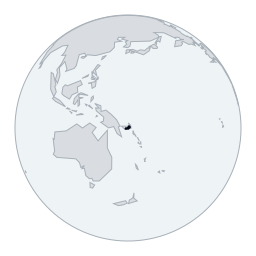 East New Britain highlighted on a globe, orthographic projection, rotated 26°
{"feature_id": "PNG-1250", "entity_name": "East New Britain", "entity_type": "Province", "adm_level": 1, "iso_a3": "PNG", "parent_name": "Papua New Guinea", "parent_adm1": "", "projection": "orthographic", "projection_center": [151.672, -5.126], "detail": "fine", "context": "on_globe", "style": "filled", "palette": "ink", "viewbox_px": 256, "rotation_deg": 26, "n_neighbors": 0, "source": "natural_earth", "source_scale": "10m", "svg_char_len": 6722}
<svg xmlns="http://www.w3.org/2000/svg" viewBox="0 0 256 256"><g transform="rotate(26 128 128)"><circle cx="128" cy="128" r="113" fill="#eef3f6" stroke="#a8b0b8"/><path d="M179.4,150.5L179.4,151.4L179.2,151.5L179.4,150.5ZM217.6,59.7L213.4,54.6L202.6,43.6L203.2,44.2L210.8,51.6L217.6,59.7ZM200.3,41.6L199.2,40.7L198.2,40.0L185.3,31.3L176.0,27.6L176.2,28.8L173.7,27.0L176.2,31.4L173.2,32.5L174.7,29.9L173.4,28.7L170.4,28.6L168.4,27.3L165.8,26.7L163.7,25.4L164.7,24.4L163.4,23.6L161.4,23.6L158.0,22.6L161.2,22.6L155.6,20.9L156.3,19.7L166.5,22.2L165.8,21.9L173.2,24.8L180.4,28.3L187.3,32.3L194.0,36.7L200.3,41.6ZM212.7,85.9L211.8,83.4L213.4,84.9L212.7,85.9ZM210.5,82.0L211.0,82.8L210.5,82.1L210.5,82.0ZM209.7,81.5L210.3,81.8L209.7,81.7L209.7,81.5ZM208.6,81.2L209.2,81.3L208.6,81.2ZM206.7,80.0L206.2,79.7L206.7,79.5L206.7,80.0ZM202.1,43.2L201.6,42.7L198.1,40.0L199.4,40.9L201.3,42.5L202.1,43.2ZM192.2,35.9L192.2,35.7L195.3,38.0L194.4,37.4L192.2,35.9ZM176.8,30.2L178.2,30.3L177.5,30.7L176.8,30.2ZM165.8,26.9L166.1,27.3L164.6,26.9L165.8,26.9ZM160.1,24.5L157.7,23.8L160.3,24.3L160.1,24.5ZM156.4,23.3L150.6,21.9L150.6,22.6L147.2,20.1L153.3,21.9L156.5,22.3L155.4,22.6L156.4,23.3ZM146.2,19.1L145.0,18.8L146.5,19.0L146.2,19.1ZM85.2,23.8L86.5,23.3L87.6,22.9L95.0,20.3L94.8,20.4L98.0,19.4L110.4,16.9L111.2,17.3L107.3,18.0L114.7,17.8L115.1,19.0L116.3,18.4L120.7,18.5L120.6,18.1L121.5,17.9L132.7,18.7L134.4,19.5L140.6,20.0L141.2,19.8L140.3,19.3L147.2,20.1L150.6,22.6L149.0,22.8L152.2,24.5L148.0,24.8L146.1,26.2L139.6,26.0L138.6,27.4L140.0,28.0L139.8,30.6L134.3,34.5L132.6,28.7L139.5,23.9L136.1,25.4L135.1,24.4L132.7,24.7L130.5,26.0L131.4,26.5L118.5,26.7L109.5,30.8L114.6,31.3L115.7,33.2L109.9,40.1L92.6,49.2L93.9,53.4L92.6,55.9L88.4,57.1L90.2,53.3L87.8,51.7L89.4,49.6L83.4,50.8L85.4,47.9L79.7,50.6L79.6,53.1L84.2,52.8L78.3,56.8L80.4,61.6L78.4,67.3L67.3,77.0L59.4,80.0L58.4,81.9L56.4,79.7L52.0,83.5L54.2,94.7L53.5,98.0L47.2,104.4L47.4,101.9L42.2,95.9L39.9,103.9L43.8,110.6L45.0,118.7L41.5,116.2L40.3,109.2L38.5,106.8L39.9,99.8L40.3,89.7L36.7,91.8L37.9,87.8L37.8,80.0L33.2,82.9L25.4,94.2L22.7,104.7L20.7,109.7L22.0,95.1L25.0,85.4L24.0,86.6L26.6,79.1L30.3,71.9L34.7,64.9L39.6,58.2L44.9,51.9L50.7,46.1L56.9,40.6L63.5,35.6L70.4,31.2L77.7,27.2L85.2,23.8ZM54.1,211.3L56.0,212.6L55.8,212.9L54.1,211.3ZM68.0,138.3L71.0,138.9L71.0,139.5L68.0,138.3ZM64.8,136.3L68.1,136.6L64.3,137.5L64.8,136.3ZM69.4,136.7L72.9,135.9L74.3,135.1L74.2,136.2L69.4,136.7ZM62.5,136.3L51.3,135.9L47.1,134.5L47.9,132.5L54.7,133.1L62.5,136.3ZM47.6,132.5L41.5,127.1L34.6,111.7L37.0,111.9L44.5,121.0L44.0,122.7L47.7,127.0L47.6,132.5ZM63.2,122.7L62.7,127.7L56.3,127.1L53.5,126.2L51.6,119.8L52.7,116.6L54.9,116.7L64.6,106.2L67.8,109.0L64.5,113.4L67.2,117.8L63.2,122.7ZM22.7,105.7L22.8,111.9L21.9,113.1L22.7,105.7ZM69.3,99.1L64.9,103.5L69.2,97.5L69.3,99.1ZM72.4,93.5L72.3,95.8L71.0,93.5L72.4,93.5ZM57.5,84.9L55.1,85.4L55.5,83.9L58.8,82.3L57.5,84.9ZM76.8,72.2L75.3,76.5L74.3,78.0L73.9,75.3L76.8,72.2ZM109.4,17.0L112.1,16.5L111.4,16.7L109.4,17.0ZM113.7,16.3L112.4,16.5L110.3,16.8L111.3,16.6L113.7,16.3ZM157.7,194.4L160.3,195.8L157.6,199.0L153.4,202.0L148.2,202.3L157.7,194.4ZM120.0,198.0L117.7,193.6L123.0,193.8L122.6,197.5L120.0,198.0ZM160.8,192.2L163.0,188.8L161.8,183.7L164.0,188.5L168.2,189.5L161.6,195.7L160.8,192.2ZM94.6,178.6L76.9,185.6L72.4,184.4L72.2,180.9L65.3,170.3L66.6,170.5L64.0,163.6L73.7,157.7L80.2,146.8L87.1,148.0L91.4,140.3L99.1,141.5L97.7,147.7L106.7,152.7L110.4,139.0L118.2,155.0L126.3,161.5L131.3,172.0L125.4,188.2L119.8,190.9L117.7,189.0L115.7,190.5L111.0,189.3L106.4,183.3L104.4,184.8L105.3,180.7L103.0,184.2L99.6,180.4L94.6,178.6ZM150.6,157.3L152.4,158.0L155.8,161.3L153.0,160.4L150.6,157.3ZM175.1,152.9L176.4,154.4L174.4,154.4L175.1,152.9ZM179.2,151.5L176.9,151.5L179.4,150.5L179.2,151.5ZM157.0,149.4L158.1,150.5L157.5,150.8L157.0,149.4ZM156.3,148.9L157.0,147.5L157.2,149.1L156.3,148.9ZM147.3,139.3L148.1,138.7L148.6,139.4L147.3,139.3ZM75.6,139.2L79.6,135.5L82.1,135.3L75.6,139.2ZM145.7,137.4L143.4,137.0L143.5,136.2L145.7,137.4ZM145.6,135.6L145.3,134.4L147.0,137.3L145.6,135.6ZM141.0,132.4L144.0,134.8L140.7,132.6L141.0,132.4ZM139.4,132.4L137.4,131.3L137.5,130.9L139.4,132.4ZM118.8,131.2L126.1,138.7L120.7,137.8L114.5,133.0L110.5,136.4L100.9,134.8L102.9,132.6L101.4,128.8L92.0,126.5L90.1,124.1L93.3,122.8L87.4,120.5L93.8,119.9L96.6,124.9L100.3,121.6L107.2,123.2L114.1,125.6L120.1,129.9L118.8,131.2ZM94.2,130.5L95.4,130.6L94.4,131.9L94.2,130.5ZM133.6,128.0L136.5,130.8L136.2,131.4L134.8,130.8L133.6,128.0ZM121.4,129.2L127.7,126.1L129.3,126.4L125.2,130.3L121.4,129.2ZM126.0,123.3L129.1,124.3L130.9,126.8L130.3,127.3L126.0,123.3ZM81.1,125.0L80.9,126.3L79.3,125.2L81.1,125.0ZM83.1,124.4L88.0,126.2L82.7,125.4L83.1,124.4ZM69.2,119.0L70.4,122.1L74.5,120.3L71.4,123.0L74.4,128.3L73.6,130.3L70.6,124.5L69.9,130.2L68.1,130.1L66.9,125.0L68.6,119.1L70.4,116.8L77.9,116.2L69.2,119.0ZM83.0,120.5L81.7,116.8L82.7,114.5L84.0,116.5L83.0,120.5ZM78.4,108.1L75.5,103.9L72.5,105.3L78.9,100.1L80.5,104.9L78.4,108.1ZM76.5,99.2L73.7,100.4L76.8,97.4L76.5,99.2ZM73.2,99.1L73.2,96.3L75.3,96.8L73.2,99.1ZM77.9,99.4L79.0,94.9L79.7,97.6L77.9,99.4ZM73.4,90.3L77.1,94.9L71.6,92.8L73.1,84.2L75.5,84.1L73.4,90.3ZM97.7,59.4L98.0,57.3L100.7,57.1L99.7,58.5L97.7,59.4ZM109.8,55.4L101.5,56.4L95.0,57.6L96.3,58.7L93.4,62.1L92.3,58.6L98.0,55.2L102.7,54.9L104.9,52.3L109.2,50.9L110.5,47.6L112.9,46.4L113.2,49.4L109.8,55.4ZM110.9,46.2L114.7,41.0L119.1,42.4L119.2,43.8L115.6,45.5L113.5,44.7L110.9,46.2ZM116.9,40.2L114.9,39.4L116.3,32.1L117.7,31.0L119.0,36.8L117.1,36.4L116.0,38.1L116.9,40.2ZM144.6,19.0L144.9,18.8L145.5,19.1L144.6,19.0ZM121.4,17.7L122.8,17.5L123.4,17.7L121.4,17.7ZM126.9,17.1L125.2,17.0L127.5,17.0L126.9,17.1ZM121.3,16.8L124.8,16.9L120.7,17.0L121.3,16.8Z" fill="#d9dde1" stroke="#a8b0b8" stroke-width="1"/><path d="M128.0,127.7L128.0,127.4L128.0,127.2L127.9,126.9L127.9,126.7L127.7,126.5L127.7,126.4L127.7,126.2L127.8,126.1L128.0,126.2L128.3,126.2L128.4,126.3L128.5,126.4L128.7,126.2L128.8,126.2L129.0,126.1L129.1,126.3L129.0,126.2L129.0,126.3L129.3,126.5L129.4,126.4L129.5,126.4L129.5,126.5L129.4,126.7L129.3,126.8L129.4,127.0L129.4,127.3L129.3,127.5L129.2,127.6L129.0,127.8L128.9,127.8L128.8,127.7L128.7,127.7L128.6,127.8L128.6,128.0L128.8,128.2L128.9,128.3L128.9,128.5L128.7,128.7L128.6,128.8L128.4,128.8L128.2,128.9L127.9,128.9L127.7,128.8L127.6,129.0L127.5,129.3L127.4,129.3L127.2,129.4L127.2,129.5L126.9,129.7L126.8,129.8L126.7,129.8L126.4,129.8L126.3,129.7L126.3,129.8L126.3,130.0L126.2,130.0L126.2,129.9L126.0,129.7L125.9,129.6L125.9,129.4L126.0,129.3L126.1,129.2L126.3,129.2L126.5,129.2L126.7,128.9L126.8,129.0L127.0,128.9L127.1,128.7L127.2,128.2L127.4,127.9L127.6,127.8L128.0,127.8L128.0,127.7L128.0,127.7Z" fill="#0f172a" stroke="#020617" stroke-width="1.5"/></g></svg>